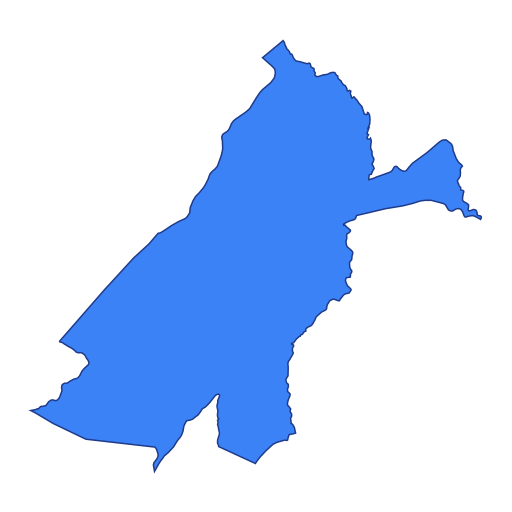 Lázaro Cárdenas, Tlaxcala, Mexico
{"feature_id": "50627088B94934519915903", "entity_name": "Lázaro Cárdenas", "entity_type": "district", "adm_level": 2, "iso_a3": "MEX", "parent_name": "Mexico", "parent_adm1": "Tlaxcala", "projection": "mercator", "projection_center": [-97.981, 19.536], "detail": "fine", "context": "isolated", "style": "filled", "palette": "blue", "viewbox_px": 512, "rotation_deg": 0, "n_neighbors": 0, "source": "geoboundaries", "source_scale": "gbopen_adm2", "svg_char_len": 6015}
<svg xmlns="http://www.w3.org/2000/svg" viewBox="0 0 512 512"><path d="M480.6,219.4L481.3,217.7L481.2,216.7L480.7,216.1L480.3,215.9L478.3,215.5L477.5,215.1L477.2,214.3L477.0,212.3L476.1,210.4L475.0,209.7L473.2,209.5L470.3,210.7L468.9,210.9L468.2,210.1L468.1,209.4L468.6,206.2L468.5,204.7L466.8,203.3L463.5,201.5L462.7,200.4L462.5,199.0L462.6,197.5L463.3,193.1L463.7,192.3L463.8,191.5L463.7,191.1L462.8,190.4L461.1,190.1L460.7,189.7L460.7,187.6L459.1,185.8L458.6,183.9L457.6,181.9L457.4,181.1L457.9,179.7L459.4,177.7L460.2,176.1L460.5,172.8L460.3,171.4L460.3,169.7L460.8,168.2L461.5,167.1L462.4,166.2L461.8,165.1L459.6,163.2L458.2,161.7L456.2,158.5L453.2,150.7L452.6,146.6L451.6,144.4L450.6,143.3L446.1,139.9L443.1,140.0L441.9,140.4L439.2,142.1L426.9,152.7L412.4,163.3L409.4,166.7L406.2,170.7L405.2,171.2L403.9,171.2L402.7,170.9L400.7,170.0L398.6,168.4L396.8,166.5L395.5,166.3L394.7,166.7L394.0,167.4L392.3,170.3L391.6,171.1L389.7,172.3L375.7,177.3L374.2,178.1L368.8,179.7L368.8,177.6L369.2,175.1L369.9,174.5L371.3,174.3L373.1,170.0L374.1,168.8L374.1,168.3L373.0,165.7L372.0,164.2L372.1,163.6L372.9,162.5L373.4,161.1L373.8,159.8L373.9,158.9L372.1,155.3L372.0,151.4L370.8,148.8L370.6,146.5L371.2,142.0L371.2,140.5L370.5,138.2L369.9,139.0L367.5,139.0L366.9,137.7L368.5,134.7L366.9,133.7L369.0,127.7L368.0,128.1L369.7,124.0L370.0,119.1L369.6,115.3L368.6,113.2L367.7,112.8L367.8,112.6L367.5,112.5L367.4,113.9L366.8,114.5L366.2,114.6L364.3,114.0L362.0,106.8L358.7,102.9L356.9,100.1L353.9,96.8L352.1,98.1L351.5,97.8L351.2,95.9L350.3,93.7L350.8,91.1L349.6,90.3L348.2,91.1L347.1,90.6L346.9,88.6L345.3,85.7L343.4,84.7L341.4,82.0L341.2,81.1L338.2,78.6L337.8,77.7L337.8,76.0L336.6,75.4L334.8,72.6L333.6,72.4L332.1,72.4L330.0,73.0L327.7,74.2L324.2,74.9L323.9,74.7L318.4,76.5L316.6,76.6L314.8,75.1L315.3,73.0L313.9,70.6L314.2,69.6L313.9,68.5L311.0,67.0L310.3,63.9L309.4,63.1L306.9,63.7L299.2,61.5L296.9,61.2L296.1,60.9L294.7,59.7L293.3,57.6L292.3,55.0L291.6,54.0L290.3,54.0L289.4,51.7L287.8,49.7L286.9,49.0L286.4,47.6L284.8,44.5L284.5,42.7L283.1,40.6L262.5,57.7L272.0,66.1L274.6,68.9L275.1,70.8L275.3,73.2L274.6,76.8L273.9,78.5L270.7,82.7L262.6,89.5L260.3,92.0L259.1,93.6L255.9,98.5L249.9,108.3L249.0,109.3L245.5,112.3L235.3,119.3L233.4,121.0L231.5,123.6L229.4,128.6L228.4,130.2L226.9,131.6L223.6,133.7L222.7,134.5L221.8,136.6L221.9,138.9L222.4,140.7L222.7,148.6L222.3,151.1L221.2,155.8L217.5,166.0L216.8,167.0L214.6,169.4L213.2,170.5L210.4,173.3L209.4,175.4L208.1,179.2L205.5,184.4L203.6,187.5L199.3,192.7L195.7,196.3L193.0,200.8L190.5,206.9L190.2,208.0L189.8,211.5L189.9,212.3L188.0,215.6L186.3,217.7L184.7,218.8L178.7,221.5L171.3,225.7L162.5,231.6L160.2,232.9L158.1,233.3L148.9,244.0L133.6,258.0L110.6,283.1L104.6,289.6L59.6,341.2L60.0,342.0L62.5,342.6L63.9,343.7L67.9,346.2L71.7,348.2L74.7,350.5L75.7,351.6L76.6,352.3L78.4,352.8L81.5,352.7L84.2,354.5L85.0,355.4L86.8,358.7L88.3,360.7L89.0,363.1L88.7,364.1L88.0,365.0L84.4,368.3L82.2,370.8L79.5,376.0L77.9,377.8L76.4,378.6L74.2,379.0L72.7,379.7L70.1,381.1L67.1,383.2L64.7,383.2L63.3,383.9L62.2,384.8L61.8,385.7L61.9,386.7L61.5,387.4L61.9,389.4L61.8,391.3L59.6,397.2L58.1,399.3L57.2,400.1L56.3,400.5L55.2,400.6L52.9,399.9L51.1,400.1L48.7,401.7L45.9,405.5L42.5,406.4L41.2,406.3L39.5,407.5L38.6,408.7L37.0,408.9L36.0,409.5L30.7,410.5L35.0,412.7L53.4,423.6L85.9,439.2L155.0,447.1L156.6,449.4L158.1,454.3L157.9,456.7L157.0,458.7L153.9,462.8L153.4,465.0L154.5,471.4L158.9,463.6L161.2,460.1L162.4,458.8L164.0,456.2L168.7,452.1L173.6,446.8L177.4,440.7L180.6,436.7L182.0,434.0L183.0,431.1L183.9,426.0L185.3,423.0L186.7,420.7L190.2,420.1L193.1,418.9L194.5,417.6L198.2,414.8L200.1,412.3L202.3,408.8L205.5,406.9L209.3,403.1L215.0,395.9L216.9,394.4L218.7,394.2L219.5,395.0L219.5,396.2L217.7,400.6L217.7,402.9L217.0,405.3L217.1,407.3L217.8,410.4L217.8,412.4L217.4,414.6L217.6,416.6L218.0,418.1L218.7,418.8L218.6,419.1L217.5,420.3L218.1,421.9L217.6,424.6L218.3,427.0L218.8,430.1L219.4,432.6L219.4,434.0L217.6,440.0L217.5,443.0L218.4,445.2L218.7,446.6L255.4,463.5L256.7,461.4L260.2,456.9L266.2,450.5L273.1,444.2L275.7,442.9L278.1,442.0L284.4,440.2L285.9,440.2L286.8,440.5L287.7,439.9L287.9,438.4L289.0,434.9L290.1,434.4L293.8,433.7L295.6,433.1L294.4,427.6L293.5,425.7L292.2,424.0L291.1,423.5L291.1,422.1L290.6,418.2L291.5,416.5L291.7,415.7L291.5,413.6L290.7,412.7L290.3,411.8L290.2,410.4L290.7,409.0L289.2,407.0L287.5,405.0L287.5,403.0L288.1,400.3L288.9,398.2L290.0,395.7L290.0,393.8L287.6,391.4L287.5,388.8L288.4,386.8L288.2,384.2L287.0,383.3L286.4,382.1L285.9,380.3L286.2,378.7L288.0,375.9L288.2,367.7L287.9,363.6L288.3,361.6L289.6,359.8L293.1,353.6L293.2,352.5L292.6,351.6L292.5,350.6L292.4,348.3L293.7,346.0L293.4,344.9L292.0,344.6L291.5,343.9L291.6,343.5L293.6,342.8L296.5,338.9L299.7,336.1L300.2,336.2L301.0,334.7L302.3,334.4L304.1,331.8L305.9,331.0L305.7,330.0L306.1,328.5L308.6,326.7L309.9,326.3L310.8,325.8L311.9,324.9L312.7,323.8L314.8,320.1L316.3,316.7L321.5,312.1L324.9,310.4L326.2,309.5L326.7,308.3L326.8,306.6L327.3,304.7L329.7,300.9L330.3,300.4L333.1,299.2L334.5,299.3L338.3,300.8L339.2,300.8L339.9,300.0L340.4,299.0L343.4,295.2L344.7,294.2L346.0,293.7L349.1,293.0L351.1,290.0L350.8,289.0L350.0,288.1L347.6,285.9L346.3,283.3L345.4,280.3L346.0,278.3L346.6,277.6L350.2,277.2L350.5,275.5L350.4,274.1L351.5,272.6L351.8,271.5L351.6,270.3L350.7,269.5L350.0,268.0L349.7,266.6L349.5,262.9L349.8,262.0L351.7,259.5L352.0,256.4L352.8,253.0L352.7,252.1L351.5,250.5L347.0,246.6L346.4,244.5L345.9,241.8L346.8,238.0L346.6,235.9L347.0,233.8L348.9,232.8L350.2,231.5L350.5,230.2L345.7,226.1L345.5,225.4L345.2,225.2L343.7,225.3L343.5,224.2L346.9,222.1L348.2,221.7L349.1,221.1L354.1,219.7L355.5,218.5L356.6,215.5L385.9,208.6L402.6,205.9L412.7,203.4L420.2,201.0L425.3,200.3L431.2,200.3L443.3,203.5L445.4,204.7L448.4,209.8L449.7,210.6L450.9,210.9L452.1,211.1L453.0,210.8L456.0,208.9L458.5,208.6L460.2,209.0L461.4,210.0L462.7,212.1L464.0,215.6L464.7,216.7L465.3,217.1L466.0,217.0L469.0,216.1L472.2,215.6L474.1,216.0L476.7,217.2L480.6,219.4Z" fill="#3b82f6" stroke="#1e3a8a" stroke-width="1.5"/></svg>